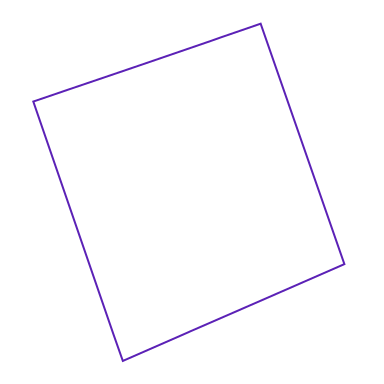 outline of Jones, Mississippi, United States of America, rotated 161°
{"feature_id": "52423323B52993259514924", "entity_name": "Jones", "entity_type": "district", "adm_level": 2, "iso_a3": "USA", "parent_name": "United States of America", "parent_adm1": "Mississippi", "projection": "equal_earth", "projection_center": [-89.153, 31.629], "detail": "fine", "context": "isolated", "style": "outline", "palette": "violet", "viewbox_px": 384, "rotation_deg": 161, "n_neighbors": 0, "source": "geoboundaries", "source_scale": "gbopen_adm2", "svg_char_len": 335}
<svg xmlns="http://www.w3.org/2000/svg" viewBox="0 0 384 384"><g transform="rotate(161 192 192)"><path d="M312.4,54.8L240.8,60.6L239.0,60.8L178.3,65.6L143.3,68.4L116.0,70.6L71.4,74.2L72.3,328.8L114.1,328.8L125.1,328.7L205.7,328.8L275.7,329.1L312.6,329.2L312.6,83.1L312.4,54.8Z" fill="none" stroke="#5b21b6" stroke-width="2"/></g></svg>